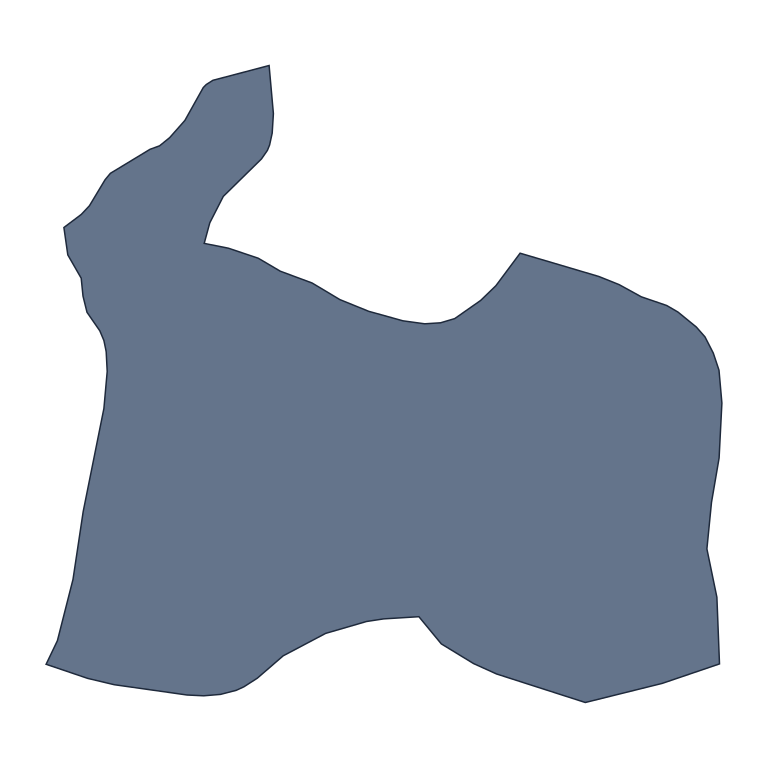 the Municipality of Darhan-Uul
{"feature_id": "MNG-3328", "entity_name": "Darhan-Uul", "entity_type": "Municipality", "adm_level": 1, "iso_a3": "MNG", "parent_name": "Mongolia", "parent_adm1": "", "projection": "equal_earth", "projection_center": [106.217, 49.455], "detail": "fine", "context": "isolated", "style": "filled", "palette": "slate", "viewbox_px": 768, "rotation_deg": 0, "n_neighbors": 0, "source": "natural_earth", "source_scale": "10m", "svg_char_len": 1110}
<svg xmlns="http://www.w3.org/2000/svg" viewBox="0 0 768 768"><path d="M269.1,65.5L273.4,113.6L272.2,133.1L269.6,145.0L267.4,150.4L261.5,158.9L223.3,196.4L209.8,222.8L204.2,243.4L228.4,248.2L258.2,258.2L280.3,271.2L312.1,283.0L339.9,299.6L368.7,311.3L402.9,320.8L424.7,323.8L440.5,322.8L454.7,318.6L480.7,300.4L495.9,285.7L520.1,253.2L598.9,276.5L619.1,284.6L641.3,296.8L666.7,305.5L677.9,312.0L696.3,327.0L705.0,336.9L713.3,353.1L719.0,370.2L721.9,403.1L719.1,458.0L711.5,502.4L706.9,548.9L716.9,597.3L719.5,663.9L662.2,683.4L585.3,702.5L496.6,674.0L473.6,663.6L441.3,643.9L418.9,616.7L383.6,618.9L366.5,621.5L325.6,633.4L283.2,655.8L257.3,678.2L243.9,686.8L236.3,690.3L220.5,694.4L203.7,695.8L187.0,695.0L114.2,684.7L87.7,678.4L46.1,664.3L57.4,640.7L73.0,579.4L83.2,511.5L100.7,424.4L103.9,408.5L107.2,371.5L106.2,352.0L105.9,350.2L103.9,340.5L99.8,330.8L87.0,312.3L83.0,296.1L81.2,278.2L67.8,254.9L63.9,227.5L81.3,214.4L89.4,205.8L105.1,179.7L110.4,173.3L150.0,149.3L159.6,145.8L169.7,137.6L184.9,120.4L203.3,87.5L206.3,84.5L212.9,80.3L269.1,65.5Z" fill="#64748b" stroke="#1e293b" stroke-width="1.5"/></svg>